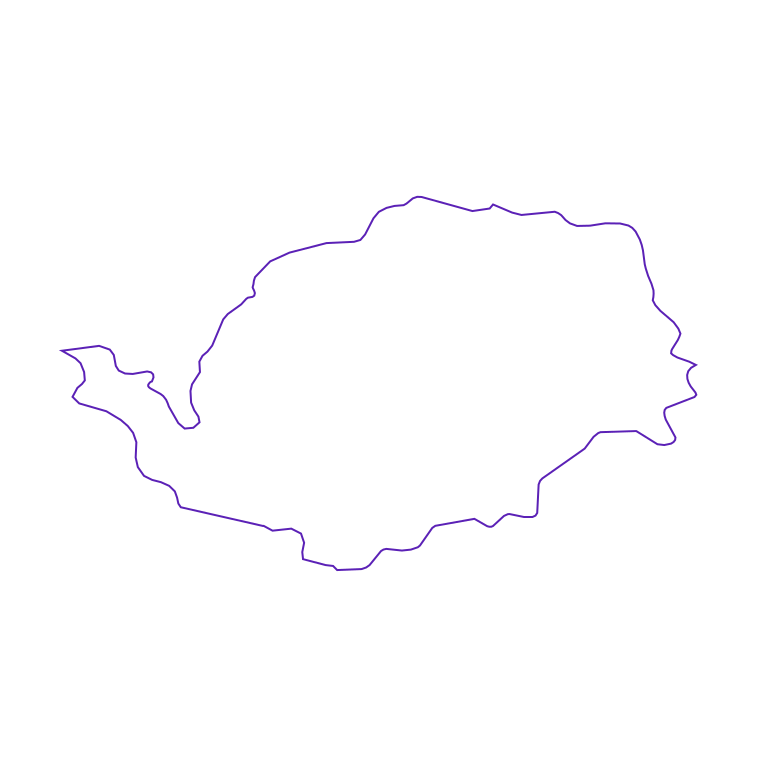 SVG path tracing the border of Karlovarský, rotated 349°
{"feature_id": "CZE-1590", "entity_name": "Karlovarský", "entity_type": "Region", "adm_level": 1, "iso_a3": "CZE", "parent_name": "Czechia", "parent_adm1": "", "projection": "natural_earth1", "projection_center": [12.693, 50.171], "detail": "fine", "context": "isolated", "style": "outline", "palette": "violet", "viewbox_px": 768, "rotation_deg": 349, "n_neighbors": 0, "source": "natural_earth", "source_scale": "10m", "svg_char_len": 2556}
<svg xmlns="http://www.w3.org/2000/svg" viewBox="0 0 768 768"><g transform="rotate(349 384 384)"><path d="M521.2,231.9L525.3,228.6L542.5,240.2L551.2,244.3L584.5,247.5L587.5,249.4L590.2,252.1L593.5,257.7L597.2,261.8L603.7,265.7L616.5,267.9L632.0,268.5L646.4,271.5L654.2,275.1L657.5,278.1L660.1,282.4L662.7,291.0L663.5,296.6L663.7,302.2L662.8,316.3L663.0,320.6L663.9,328.3L665.7,336.7L666.4,343.4L665.9,346.8L665.0,350.1L663.8,353.1L665.4,358.4L669.3,365.0L680.1,378.6L683.5,385.8L684.6,391.1L682.9,394.0L680.9,396.8L673.5,404.7L672.5,406.1L671.7,408.7L673.3,410.8L677.1,414.0L687.8,420.3L693.8,424.8L688.5,426.7L685.1,429.5L683.3,433.0L682.8,436.9L683.3,440.9L684.6,444.9L688.1,451.8L688.5,454.2L686.3,456.0L656.6,461.3L654.6,463.0L653.6,465.6L653.4,468.9L653.8,472.7L659.9,492.1L659.1,494.5L657.2,496.2L654.4,497.3L647.5,497.4L640.9,495.3L622.6,478.3L587.4,472.6L585.0,473.0L579.7,475.8L568.7,485.7L521.4,506.9L518.7,508.9L516.6,512.2L509.8,539.8L507.6,542.1L504.3,542.9L496.1,541.3L482.4,535.6L480.7,535.4L476.6,536.4L463.9,544.2L462.0,544.6L460.1,544.2L458.2,543.3L447.0,533.6L407.3,533.0L403.9,534.5L388.5,549.4L386.1,550.7L378.8,551.7L369.8,550.9L354.8,546.3L351.9,546.4L349.2,547.4L335.3,559.0L331.5,560.7L326.7,561.4L302.5,557.7L299.3,552.9L292.1,550.6L271.1,540.5L271.7,533.4L275.3,524.6L274.0,515.0L265.4,508.3L246.6,506.7L238.8,500.3L238.2,500.3L161.0,466.2L159.3,462.1L159.2,456.1L158.2,449.5L153.7,443.0L146.3,437.8L138.1,433.9L130.9,428.4L126.5,418.6L126.2,408.8L129.8,393.9L128.4,384.1L124.5,376.4L118.8,369.1L106.3,357.8L81.1,344.9L75.8,337.2L82.3,329.3L87.5,326.4L91.0,323.4L91.9,315.0L90.1,305.7L86.0,300.0L74.2,289.9L87.1,290.7L111.6,292.2L121.4,297.9L124.3,303.9L124.2,315.1L126.2,320.2L131.8,324.3L139.3,326.2L153.9,326.5L157.6,328.1L159.2,330.5L159.0,333.5L156.7,337.2L155.9,337.3L155.2,337.5L154.5,337.8L153.9,338.3L152.5,339.6L152.1,340.9L152.6,342.3L153.9,343.8L162.8,351.2L165.0,353.7L167.1,357.9L168.0,361.7L168.5,365.1L174.6,383.1L179.8,389.7L188.5,390.6L195.6,386.4L195.6,380.6L192.7,373.6L191.1,365.5L192.7,353.9L195.5,347.7L205.6,337.2L207.0,326.8L211.2,321.7L216.9,318.5L222.7,313.5L238.5,289.9L244.0,285.5L259.0,278.6L265.1,274.1L266.9,273.3L271.5,273.4L273.5,272.5L274.6,270.1L274.3,267.5L273.7,265.3L273.5,264.0L274.9,261.1L276.0,257.8L277.8,254.5L281.6,251.8L295.7,241.9L316.3,237.0L354.4,234.7L381.7,238.7L388.3,238.1L394.0,233.6L405.3,219.3L411.8,214.0L420.1,211.6L428.3,211.2L437.4,212.2L440.5,211.2L447.7,207.3L452.3,206.6L456.6,207.6L503.8,231.1L521.2,231.9Z" fill="none" stroke="#5b21b6" stroke-width="2"/></g></svg>